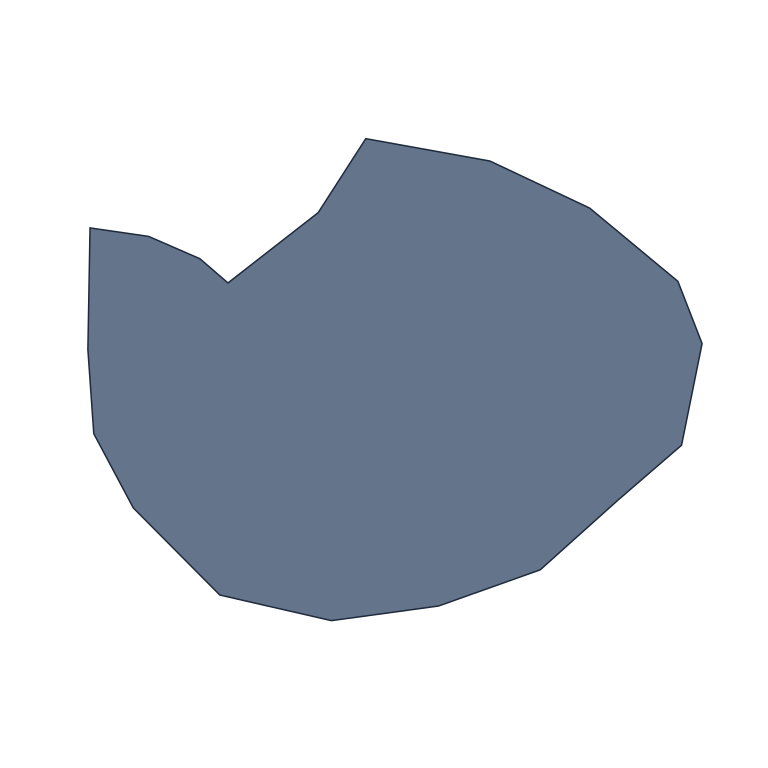 Ville de N'Djamena, Natural Earth projection, rotated 97°
{"feature_id": "TCD-4857", "entity_name": "Ville de N'Djamena", "entity_type": "Capital", "adm_level": 1, "iso_a3": "TCD", "parent_name": "Chad", "parent_adm1": "", "projection": "natural_earth1", "projection_center": [15.064, 12.118], "detail": "fine", "context": "isolated", "style": "filled", "palette": "slate", "viewbox_px": 768, "rotation_deg": 97, "n_neighbors": 0, "source": "natural_earth", "source_scale": "10m", "svg_char_len": 408}
<svg xmlns="http://www.w3.org/2000/svg" viewBox="0 0 768 768"><g transform="rotate(97 384 384)"><path d="M264.9,694.8L266.2,635.6L282.1,582.0L302.7,551.2L221.9,470.2L142.7,432.0L149.8,306.0L184.3,201.4L246.3,104.8L305.1,73.2L408.5,81.2L470.6,137.5L549.4,206.3L597.7,302.8L625.3,407.4L613.5,521.2L537.6,617.7L468.7,666.0L386.0,682.1L264.9,694.8Z" fill="#64748b" stroke="#1e293b" stroke-width="1.5"/></g></svg>